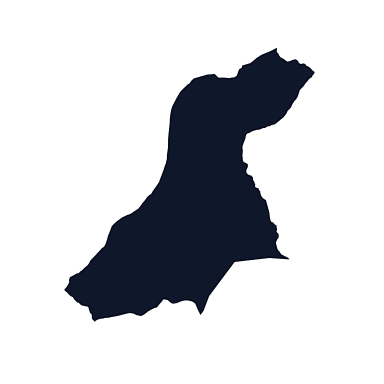 Karim Lamido, Taraba, Nigeria (Robinson projection), rotated 167°
{"feature_id": "59680162B13157392837231", "entity_name": "Karim Lamido", "entity_type": "district", "adm_level": 2, "iso_a3": "NGA", "parent_name": "Nigeria", "parent_adm1": "Taraba", "projection": "robinson", "projection_center": [10.84, 9.149], "detail": "fine", "context": "isolated", "style": "filled", "palette": "ink", "viewbox_px": 384, "rotation_deg": 167, "n_neighbors": 0, "source": "geoboundaries", "source_scale": "gbopen_adm2", "svg_char_len": 4511}
<svg xmlns="http://www.w3.org/2000/svg" viewBox="0 0 384 384"><g transform="rotate(167 192 192)"><path d="M231.8,198.8L232.5,198.3L234.5,197.7L236.7,196.3L238.2,194.9L240.5,193.0L242.0,192.0L243.5,190.6L245.8,188.7L247.7,187.2L253.0,185.2L254.5,184.6L255.7,184.1L257.6,183.6L260.0,183.5L262.3,182.9L265.4,182.3L267.7,181.3L270.3,180.2L271.5,179.7L274.9,177.8L277.2,176.3L279.4,173.1L281.2,170.3L282.7,168.4L284.1,165.7L286.3,162.0L287.5,160.1L287.8,159.7L289.6,157.8L292.3,156.8L294.2,155.3L295.7,154.3L298.0,152.9L299.1,151.9L300.6,151.0L304.4,148.5L305.9,147.6L306.8,146.4L307.4,145.7L308.5,144.6L309.3,143.8L312.5,142.1L314.4,141.1L315.7,140.1L317.3,139.5L318.9,138.8L320.3,137.6L322.9,137.8L326.0,136.7L329.6,135.8L330.9,133.8L331.1,131.6L332.3,130.0L334.3,127.8L335.4,126.8L336.3,126.2L337.6,125.2L336.5,123.6L335.6,122.4L335.2,121.9L334.4,120.2L333.1,118.4L331.1,116.8L330.4,114.8L330.2,114.1L329.4,112.8L328.1,110.6L326.9,110.3L324.9,107.2L322.3,105.8L318.9,104.4L318.1,103.0L318.1,100.8L317.8,97.2L316.6,96.3L316.8,93.3L317.2,91.1L315.7,88.5L315.2,88.8L313.5,89.5L310.2,89.9L307.5,89.5L304.7,89.6L303.0,89.3L301.7,89.0L298.4,89.1L296.8,88.9L294.8,88.8L292.8,88.8L290.8,88.7L288.7,88.8L288.0,88.8L285.8,88.9L284.6,88.9L283.7,88.9L281.2,89.0L280.4,88.9L279.2,88.7L275.9,87.3L273.5,85.3L269.8,83.5L269.6,83.4L268.6,83.5L265.8,84.4L263.2,85.6L261.6,86.4L259.4,87.0L256.9,87.7L254.8,88.2L254.7,88.2L252.3,88.2L250.8,89.5L249.0,90.9L248.5,91.2L247.9,91.6L247.1,92.2L246.4,92.8L246.2,92.9L244.0,94.8L239.5,92.8L237.0,89.3L235.4,88.1L234.1,88.1L232.1,87.9L228.9,88.4L226.1,88.8L224.2,88.7L222.6,88.6L219.9,87.9L216.3,86.1L214.5,84.4L213.4,83.0L213.0,82.1L212.9,81.1L212.4,78.2L212.3,77.4L212.2,76.6L211.0,71.6L208.1,74.1L199.2,87.3L167.4,114.2L166.5,115.0L154.6,113.7L131.1,111.0L128.0,110.0L113.6,105.6L113.8,106.0L114.8,106.6L115.3,107.1L117.1,108.5L118.0,109.4L119.3,110.3L120.3,112.3L120.8,113.8L121.3,114.7L121.7,115.2L122.3,117.2L122.5,122.7L122.1,124.7L120.0,127.3L118.8,128.3L118.0,129.8L118.0,131.9L118.9,132.8L119.4,134.3L118.2,136.9L118.3,137.9L118.3,138.8L117.9,139.9L119.7,141.8L120.2,143.2L120.4,143.4L121.2,144.2L122.1,144.6L122.6,146.1L122.6,148.1L122.7,149.6L122.3,151.6L122.4,152.6L122.0,153.6L122.1,155.6L122.1,157.1L122.2,158.6L122.2,160.1L122.3,162.1L122.5,165.6L122.5,167.1L124.4,169.0L125.3,170.4L126.3,172.9L126.3,174.4L126.4,176.4L126.1,176.8L127.0,178.6L127.0,180.0L129.4,181.6L130.3,183.4L129.4,185.2L129.8,186.6L129.7,187.2L129.9,187.8L130.5,190.1L130.1,192.2L131.1,194.1L132.9,195.0L133.8,196.0L134.7,196.9L135.2,197.9L135.3,199.9L134.5,201.9L132.8,204.0L132.4,205.0L132.2,206.3L133.2,207.4L134.4,208.2L135.7,209.5L136.1,211.7L135.5,214.9L135.6,216.2L134.8,218.0L134.5,219.4L133.8,221.2L133.9,222.6L133.2,225.7L132.2,227.0L131.4,228.5L130.3,229.9L129.2,231.7L128.5,232.7L127.8,234.5L126.3,236.8L124.4,237.4L122.4,237.5L121.3,238.0L120.3,238.2L119.9,238.3L119.4,238.5L117.0,238.6L114.3,238.8L113.1,238.4L111.2,238.5L108.5,239.1L106.5,238.7L104.7,239.4L103.8,239.7L101.9,239.4L99.5,240.0L97.2,240.1L96.1,240.1L93.0,241.6L92.2,242.0L91.9,242.1L90.7,242.7L89.8,243.2L89.2,243.6L88.7,243.8L87.6,244.2L86.1,245.1L83.1,247.5L81.6,249.4L80.9,250.3L79.0,251.3L77.1,252.7L76.0,254.1L75.3,255.1L74.5,256.0L73.0,257.4L71.9,258.4L70.4,259.3L68.1,261.7L66.7,264.0L65.6,265.9L64.5,267.7L64.4,267.7L59.9,270.6L58.4,272.0L56.9,273.5L55.8,274.0L53.5,275.9L51.3,277.3L50.1,277.4L49.0,278.8L47.1,280.2L46.4,281.2L47.2,282.0L48.0,283.3L49.3,285.5L50.5,287.2L51.7,288.0L52.9,288.9L53.4,290.6L54.6,291.5L56.5,291.4L57.7,291.7L59.7,293.4L59.8,295.2L60.6,296.5L61.8,297.4L63.8,297.3L65.3,297.2L66.5,296.7L70.0,296.9L71.2,297.8L72.4,299.5L73.7,300.8L74.5,301.6L76.1,302.9L76.9,304.6L77.4,306.8L78.7,309.5L77.8,312.4L84.0,310.8L84.7,310.7L93.3,309.3L98.8,307.3L102.0,305.6L106.0,303.7L114.2,303.2L115.0,301.3L118.1,300.3L121.8,294.5L124.8,293.5L127.6,293.8L129.5,293.7L131.9,294.4L133.4,294.9L135.4,295.6L137.4,296.0L140.9,296.7L143.8,301.2L146.2,301.5L150.5,302.2L154.0,302.0L157.5,301.9L164.5,301.5L167.1,300.0L169.8,297.6L171.7,297.1L174.0,295.7L175.4,294.9L178.1,293.2L179.7,292.2L181.9,290.3L184.5,287.5L185.3,286.6L187.0,284.6L191.2,279.6L193.4,275.9L195.1,271.8L196.5,267.7L197.5,264.0L198.9,259.9L200.0,256.7L201.4,252.7L202.7,248.6L203.7,244.5L204.7,240.4L206.5,235.8L207.5,233.1L208.2,229.9L209.6,227.2L210.3,225.4L211.4,224.0L212.3,222.6L212.9,221.6L213.6,220.3L221.3,208.7L223.2,206.8L225.8,204.4L229.6,201.1L231.0,199.3L231.8,198.8Z" fill="#0f172a" stroke="#020617" stroke-width="1.5"/></g></svg>